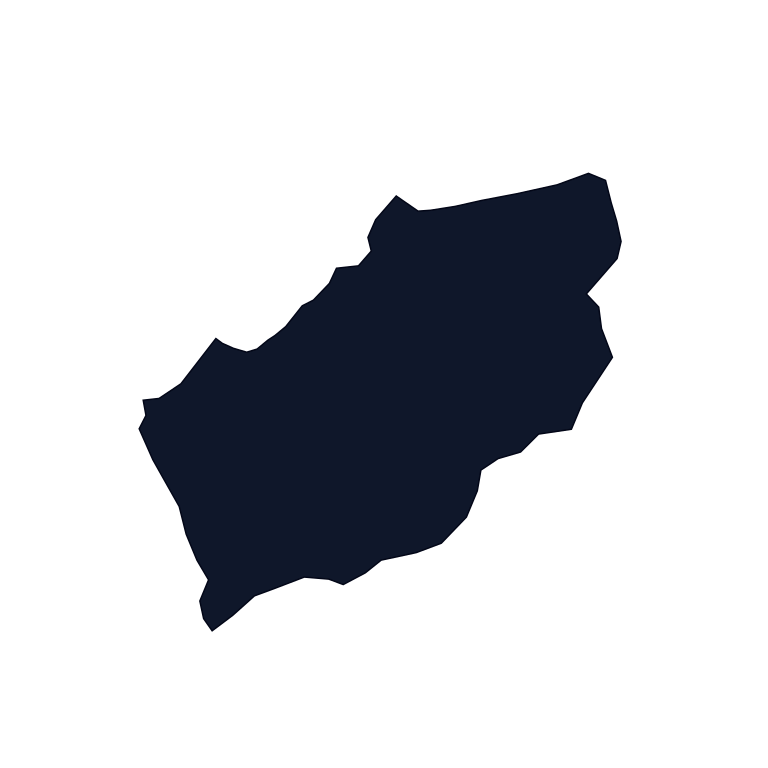 Eksjö, Jönköping, Sweden, rotated 311°
{"feature_id": "70781695B54746446562471", "entity_name": "Eksjö", "entity_type": "district", "adm_level": 2, "iso_a3": "SWE", "parent_name": "Sweden", "parent_adm1": "Jönköping", "projection": "mercator", "projection_center": [15.234, 57.651], "detail": "fine", "context": "isolated", "style": "filled", "palette": "ink", "viewbox_px": 768, "rotation_deg": 311, "n_neighbors": 0, "source": "geoboundaries", "source_scale": "gbopen_adm2", "svg_char_len": 996}
<svg xmlns="http://www.w3.org/2000/svg" viewBox="0 0 768 768"><g transform="rotate(311 384 384)"><path d="M681.2,420.2L683.0,417.6L677.1,400.1L647.9,384.0L614.3,359.1L586.5,337.2L564.6,321.1L545.6,305.1L536.8,296.3L533.9,270.0L533.9,269.9L502.6,269.9L484.1,275.7L476.0,287.2L456.4,287.2L440.2,272.2L424.1,276.8L401.0,275.7L389.4,271.0L362.9,272.2L349.0,269.9L340.9,267.6L327.1,265.3L317.9,259.5L312.1,246.8L308.6,235.3L308.0,227.3L250.9,230.6L225.5,223.7L213.8,212.9L204.1,225.0L189.6,228.6L175.2,259.3L166.2,284.5L157.2,309.8L140.9,333.2L128.3,358.5L121.1,380.1L99.4,387.4L88.6,401.8L85.0,416.2L110.3,421.6L134.2,424.6L139.1,425.2L159.0,436.1L186.0,450.5L200.5,470.3L205.9,484.8L229.3,493.8L249.2,497.4L278.0,519.0L301.5,531.7L337.6,533.5L364.6,524.5L382.6,513.6L402.5,519.0L422.3,531.7L447.6,533.5L472.8,555.1L499.9,546.1L554.0,538.9L568.5,511.8L582.9,495.6L584.7,477.6L631.6,477.6L647.1,469.4L659.6,452.7L669.8,436.6L681.2,420.2Z" fill="#0f172a" stroke="#020617" stroke-width="1.5"/></g></svg>